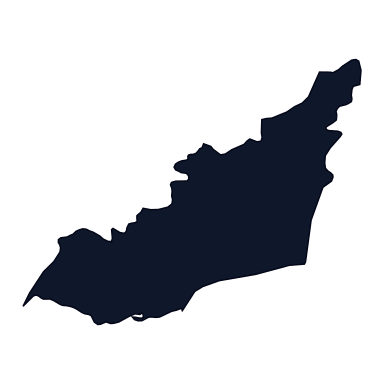 the border of Lahij
{"feature_id": "YEM-157", "entity_name": "Lahij", "entity_type": "Governorate", "adm_level": 1, "iso_a3": "YEM", "parent_name": "Yemen", "parent_adm1": "", "projection": "orthographic", "projection_center": [44.466, 13.315], "detail": "fine", "context": "isolated", "style": "filled", "palette": "ink", "viewbox_px": 384, "rotation_deg": 0, "n_neighbors": 0, "source": "natural_earth", "source_scale": "10m", "svg_char_len": 2369}
<svg xmlns="http://www.w3.org/2000/svg" viewBox="0 0 384 384"><path d="M182.3,310.7L181.7,308.7L180.9,308.5L176.6,310.1L171.4,311.4L159.7,317.0L155.7,317.4L152.1,317.0L148.7,317.1L142.0,320.7L138.0,320.8L134.5,319.6L132.4,317.0L134.9,317.2L139.3,318.0L141.8,318.2L143.3,317.0L143.2,314.5L142.0,313.0L139.9,314.5L135.2,313.8L129.4,316.2L118.8,322.0L113.6,323.3L110.6,323.5L106.0,321.9L100.6,324.2L97.9,324.5L94.4,322.2L91.2,315.7L88.6,314.4L84.9,313.8L81.9,312.5L76.9,309.2L74.0,307.7L70.6,306.5L66.8,305.7L62.8,305.4L60.3,304.5L53.4,300.4L49.8,299.0L43.5,299.1L41.8,298.4L39.0,296.3L37.3,295.4L35.7,295.1L33.3,296.0L23.0,306.3L29.6,293.0L43.5,271.8L53.8,261.6L60.0,252.0L60.6,247.9L59.8,244.9L58.4,242.6L58.4,239.7L60.8,237.8L67.2,237.0L69.9,235.5L73.1,234.2L75.9,231.4L79.4,229.8L82.9,228.8L86.5,229.3L89.9,231.1L93.2,232.2L99.8,236.0L103.3,239.1L108.1,241.4L111.4,241.5L112.4,238.6L111.6,229.6L113.0,228.4L120.0,232.6L124.3,233.3L126.3,231.4L127.0,227.6L128.8,224.0L131.2,223.3L135.1,222.7L137.2,221.4L136.9,218.7L136.9,215.7L138.6,214.1L140.8,212.4L143.1,208.3L150.7,209.7L158.4,209.5L167.7,207.2L171.9,204.0L172.6,199.7L171.7,196.1L172.1,191.4L171.8,188.2L170.5,184.8L171.5,182.4L175.6,181.2L187.1,181.0L188.9,178.9L188.5,175.7L186.4,173.3L181.2,172.6L178.7,171.2L175.6,169.9L174.1,167.1L175.5,164.1L178.3,162.2L181.6,160.9L186.6,160.1L187.9,159.0L188.0,157.6L187.8,156.4L188.5,155.1L190.7,154.4L193.2,154.4L196.2,153.2L198.1,151.0L199.7,148.8L202.1,147.7L203.6,143.8L210.8,146.4L213.2,149.4L220.6,154.9L225.4,154.0L231.8,149.7L244.0,144.4L247.1,141.0L249.8,139.0L257.0,141.8L261.0,141.2L262.1,137.5L261.4,133.0L261.8,119.6L266.1,118.6L271.8,118.1L286.7,112.1L294.6,106.7L302.2,103.1L308.5,96.9L319.5,72.1L330.1,72.2L333.0,72.7L338.6,69.7L342.6,66.1L351.8,60.1L355.9,59.5L358.7,61.1L361.0,70.4L359.8,84.5L353.3,86.3L352.0,89.2L351.3,95.1L351.9,98.9L351.4,101.6L348.9,103.2L346.1,104.6L339.6,106.2L337.4,108.4L336.0,111.3L336.7,114.3L336.6,117.3L336.3,120.0L332.9,122.7L326.0,127.0L326.1,129.4L328.7,130.6L337.7,131.2L340.9,132.4L341.8,134.1L340.1,136.7L330.2,147.9L325.3,155.6L324.7,163.0L325.4,168.2L328.0,171.1L330.6,172.8L332.7,174.9L333.0,177.1L331.5,181.1L322.9,187.3L311.1,220.1L305.5,262.0L304.5,263.8L304.4,264.1L289.2,265.3L256.3,274.2L219.0,280.7L202.6,286.6L194.8,291.4L182.4,310.6L182.3,310.7Z" fill="#0f172a" stroke="#020617" stroke-width="1.5"/></svg>